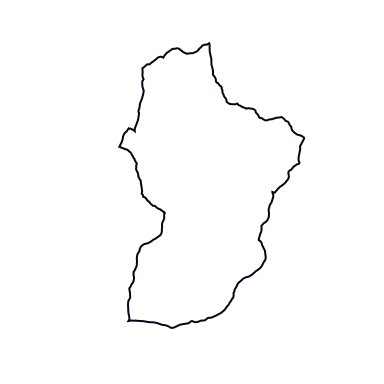 Azuga, Prahova, Romania (Equal Earth projection), rotated 293°
{"feature_id": "2599482B34904823989657", "entity_name": "Azuga", "entity_type": "district", "adm_level": 2, "iso_a3": "ROU", "parent_name": "Romania", "parent_adm1": "Prahova", "projection": "equal_earth", "projection_center": [25.628, 45.455], "detail": "fine", "context": "isolated", "style": "outline", "palette": "ink", "viewbox_px": 384, "rotation_deg": 293, "n_neighbors": 0, "source": "geoboundaries", "source_scale": "gbopen_adm2", "svg_char_len": 6073}
<svg xmlns="http://www.w3.org/2000/svg" viewBox="0 0 384 384"><g transform="rotate(293 192 192)"><path d="M335.6,149.7L333.5,148.2L333.2,147.5L332.9,146.7L332.2,145.7L330.8,144.3L328.8,143.7L326.2,142.5L325.4,142.5L324.7,142.0L323.9,141.9L323.4,141.6L319.9,138.3L319.7,137.6L318.6,135.4L318.0,134.7L317.7,133.6L317.1,133.0L317.3,132.1L317.2,131.3L317.5,128.3L318.0,127.6L318.2,125.7L318.7,124.7L318.8,123.9L318.6,122.6L318.4,122.1L317.0,119.9L316.1,118.1L310.8,114.9L309.8,114.3L306.7,113.3L304.5,113.1L304.5,111.3L304.1,109.9L302.7,108.3L298.6,106.2L294.4,103.7L293.0,103.2L292.0,100.8L290.0,99.9L287.3,98.5L286.6,98.0L282.6,99.9L280.4,100.6L278.9,101.4L276.8,103.4L274.7,103.0L272.6,103.7L269.4,105.4L268.5,106.1L266.4,108.0L262.4,109.0L260.6,109.1L258.4,109.5L254.0,109.5L251.9,109.9L250.0,110.5L248.0,110.9L245.9,111.0L244.7,111.5L244.0,112.5L238.1,114.0L235.6,114.3L229.1,114.5L227.7,114.6L225.6,115.6L226.1,114.0L226.3,111.4L226.4,110.8L226.3,110.3L225.5,109.5L225.4,109.2L225.4,108.9L225.5,108.8L224.4,108.5L222.6,108.3L219.8,107.0L217.3,106.8L216.2,106.8L214.8,107.2L213.1,107.6L210.1,107.8L209.5,107.8L205.2,107.4L205.3,111.9L205.4,112.6L205.3,114.3L205.4,114.8L205.7,115.2L205.6,116.4L205.0,117.7L204.6,118.9L204.4,120.1L203.5,121.3L203.0,121.7L202.9,122.0L202.4,122.5L201.8,123.7L201.2,124.0L200.3,125.2L199.8,126.3L198.8,127.1L197.9,128.3L197.4,128.8L196.6,130.1L196.0,130.2L194.8,130.2L193.5,130.8L191.1,131.6L190.4,132.4L190.0,132.7L188.3,134.8L185.6,136.6L185.1,136.7L184.5,137.7L183.3,138.7L183.0,139.6L182.1,140.5L180.8,141.2L179.5,141.8L178.8,142.5L177.8,143.1L176.8,143.6L175.3,144.6L173.0,145.9L170.9,146.3L170.6,146.5L170.4,147.5L170.1,147.9L169.2,148.6L168.6,148.8L168.5,149.2L168.6,150.2L168.7,151.2L168.6,151.5L168.0,152.0L167.9,152.6L167.1,153.6L166.8,154.4L166.5,154.7L166.4,155.0L166.5,155.6L166.5,155.9L165.0,158.5L164.7,159.7L164.3,160.6L164.1,161.2L164.1,161.7L164.7,163.1L164.7,163.5L164.5,164.1L164.0,164.9L163.8,166.0L163.5,167.6L163.6,169.7L163.2,170.7L163.1,171.6L162.7,172.9L162.6,174.2L162.1,174.4L162.2,175.0L161.6,175.2L160.3,175.2L158.3,176.1L156.2,176.9L154.5,176.7L152.0,176.7L150.0,177.2L148.1,178.2L145.7,178.9L143.9,179.7L141.9,180.0L139.8,179.7L137.9,178.5L134.6,176.5L133.3,175.3L131.2,174.1L129.5,172.9L127.6,171.4L125.6,168.6L123.5,167.1L121.3,166.2L119.3,166.2L117.5,166.7L113.2,166.1L109.5,167.0L106.9,168.4L102.9,169.8L101.5,170.0L96.9,169.8L95.5,169.4L93.7,170.4L92.9,170.4L91.9,171.1L91.2,171.8L89.8,172.4L88.3,172.8L86.8,173.1L85.4,173.0L84.1,172.6L82.4,172.4L81.2,172.4L79.8,172.2L78.8,171.9L77.6,172.7L76.8,173.0L75.7,173.9L70.9,176.3L69.2,176.3L66.7,176.0L64.4,176.7L62.0,177.7L56.1,180.6L52.2,183.2L50.2,184.2L48.4,183.9L49.9,186.3L50.3,187.2L50.9,189.2L51.5,190.1L51.8,190.9L52.0,191.9L54.1,197.7L54.7,200.2L55.4,203.4L56.8,206.9L57.2,208.4L57.7,210.9L58.1,216.7L58.8,218.9L59.1,221.1L59.2,222.5L58.8,224.9L58.9,226.0L59.4,227.3L59.9,228.0L60.6,228.8L64.0,231.7L65.6,233.4L70.0,240.3L71.0,240.8L72.2,241.3L73.1,242.3L73.3,242.7L73.3,244.3L73.2,244.8L73.3,245.5L73.8,246.6L75.1,248.6L76.8,250.2L77.3,250.8L78.2,252.8L78.9,253.8L79.5,254.4L82.1,255.7L82.7,256.4L83.3,257.8L84.2,259.2L87.6,262.4L89.7,264.0L91.2,265.3L92.1,266.0L94.7,267.4L96.7,268.2L97.5,268.3L98.4,268.6L100.8,269.1L102.0,269.6L102.6,269.8L104.8,269.9L107.6,270.6L108.8,270.5L110.4,271.1L111.6,271.1L112.7,270.9L115.1,269.8L115.8,269.7L117.1,269.9L118.3,269.5L118.8,269.4L119.8,269.6L121.6,269.7L122.9,270.1L123.4,270.1L124.5,269.8L125.2,269.9L127.6,270.8L129.8,272.0L131.6,272.6L133.0,273.6L133.3,273.9L134.8,275.2L136.2,277.2L138.2,278.7L140.6,280.2L144.1,281.7L145.9,283.0L147.2,283.6L147.8,284.1L149.7,284.8L151.1,285.1L152.5,285.3L155.6,285.4L158.3,286.0L159.1,285.9L161.3,285.1L165.1,282.8L166.0,282.4L166.5,282.0L170.5,277.3L172.3,276.0L173.3,274.6L173.8,272.2L174.5,271.9L179.9,271.2L182.7,271.2L184.7,270.6L186.5,269.9L187.4,269.4L188.2,269.2L189.5,269.6L191.6,270.4L193.7,271.9L195.1,272.3L195.9,272.3L197.0,272.5L199.3,272.4L202.9,271.0L205.7,269.4L209.0,268.9L210.9,268.8L213.1,269.2L214.1,269.2L218.6,268.8L219.9,268.5L221.3,267.8L222.0,266.9L222.5,266.5L223.5,266.0L223.5,266.7L223.5,267.9L223.6,268.1L224.0,268.5L225.4,268.9L226.7,269.4L228.2,269.7L229.7,270.4L231.1,270.9L232.5,271.9L233.9,272.7L235.7,273.7L236.7,274.1L240.8,275.3L242.7,275.5L243.5,275.3L244.2,275.0L245.9,274.1L246.5,273.6L247.8,273.0L248.1,273.0L249.1,273.1L249.8,273.4L251.1,274.5L252.9,275.1L253.8,275.2L256.0,276.1L256.4,276.6L258.6,277.9L259.1,278.6L259.9,279.5L260.5,279.6L261.6,278.9L262.4,278.0L263.0,277.6L264.7,276.9L266.0,276.5L268.2,276.0L272.6,275.1L273.3,275.0L276.7,273.5L277.6,273.7L281.6,274.1L285.0,274.3L285.5,274.1L285.8,273.8L286.1,272.9L286.5,270.5L286.3,269.2L286.2,267.7L286.1,267.3L286.0,266.0L286.6,263.4L287.2,261.7L287.8,260.6L288.0,259.9L289.3,258.8L290.3,258.3L290.9,257.6L291.5,256.7L291.5,256.3L291.8,255.8L293.2,254.3L294.1,253.0L294.2,251.9L294.0,250.9L294.1,250.4L295.5,247.6L296.0,245.2L294.5,243.0L293.1,240.2L292.1,239.5L291.4,238.3L290.1,237.1L289.9,236.4L289.1,235.0L288.0,233.8L287.3,233.1L286.8,232.0L286.6,231.5L286.6,230.6L286.8,228.9L287.2,227.3L287.0,226.3L286.7,225.5L286.8,225.2L287.0,224.6L288.0,223.6L289.1,222.1L289.9,220.1L290.5,219.4L291.7,218.6L292.1,217.5L292.3,216.5L292.3,215.3L291.5,212.7L291.3,211.4L290.3,209.8L290.0,209.6L290.0,209.4L290.2,209.1L289.9,208.2L290.1,207.6L289.9,204.4L290.3,203.4L290.2,202.2L290.2,201.0L291.1,199.1L290.0,198.1L289.4,197.0L288.1,193.7L288.1,193.3L287.8,192.3L287.8,191.8L288.1,191.1L288.1,189.9L288.6,188.8L288.8,188.5L290.8,187.2L291.2,186.8L291.5,185.9L291.9,185.2L292.9,183.9L294.1,182.9L294.6,182.0L295.8,181.0L297.2,180.4L298.2,179.6L298.5,179.1L299.0,178.7L299.8,178.6L300.1,178.2L300.6,177.6L300.5,177.1L300.6,176.7L301.0,175.7L302.4,173.3L302.4,172.1L302.8,171.2L303.4,170.7L305.3,169.7L306.3,168.7L306.9,167.8L308.0,165.7L308.5,165.3L310.3,164.7L311.5,164.1L313.9,162.5L316.9,160.1L321.4,158.1L322.8,157.3L324.5,156.0L324.7,155.7L325.6,155.4L326.5,154.5L328.3,153.4L332.9,151.3L334.1,150.8L335.6,149.7Z" fill="none" stroke="#020617" stroke-width="2"/></g></svg>